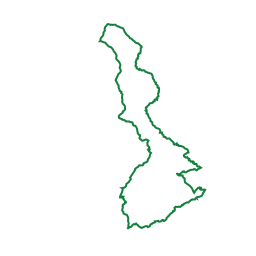 the district of Perisani, Vâlcea, Romania, rotated 326°
{"feature_id": "2599482B30849620277031", "entity_name": "Perisani", "entity_type": "district", "adm_level": 2, "iso_a3": "ROU", "parent_name": "Romania", "parent_adm1": "Vâlcea", "projection": "equal_earth", "projection_center": [24.456, 45.453], "detail": "fine", "context": "isolated", "style": "outline", "palette": "green", "viewbox_px": 256, "rotation_deg": 326, "n_neighbors": 0, "source": "geoboundaries", "source_scale": "gbopen_adm2", "svg_char_len": 5966}
<svg xmlns="http://www.w3.org/2000/svg" viewBox="0 0 256 256"><g transform="rotate(326 128 128)"><path d="M155.4,223.3L157.4,222.4L157.1,221.9L154.9,220.7L154.2,219.7L153.7,219.6L153.7,219.4L154.9,219.1L155.2,218.5L155.1,218.3L154.0,218.2L154.4,217.6L154.1,217.2L153.5,217.2L152.6,216.8L148.1,217.9L147.5,218.4L147.0,218.2L146.6,218.5L146.6,217.4L147.3,213.7L147.0,210.7L144.9,205.1L145.8,202.8L146.7,201.7L146.7,201.3L146.3,200.5L146.2,199.1L146.7,197.9L143.6,195.8L143.0,194.0L143.1,193.5L143.4,193.6L143.9,194.4L145.2,195.2L149.5,194.8L150.1,195.2L149.9,195.8L150.1,196.1L151.2,197.2L154.6,197.3L155.2,197.7L155.8,197.5L156.4,197.7L158.3,198.8L159.2,199.0L159.8,198.9L160.0,199.5L160.6,199.8L160.8,200.7L161.4,201.6L162.6,201.2L166.2,201.7L165.5,199.6L164.8,199.3L164.0,198.6L164.0,197.7L164.6,196.6L164.6,195.9L163.1,195.2L162.3,193.9L162.4,193.3L163.5,193.2L163.4,192.3L163.0,191.8L161.4,191.3L161.5,190.5L160.3,188.9L160.3,188.7L160.7,188.1L161.5,188.2L161.6,187.8L160.5,186.1L160.7,185.3L159.4,184.8L159.1,183.8L158.8,183.6L158.7,182.6L159.1,181.8L159.6,181.6L163.6,181.8L164.5,182.1L165.2,179.8L165.1,178.6L163.9,177.0L163.5,176.0L163.5,174.8L161.7,172.4L160.0,171.3L159.9,171.0L160.3,170.1L158.9,169.4L158.9,169.1L159.7,168.6L159.8,168.0L157.4,168.0L157.2,167.8L156.9,166.6L157.7,165.9L157.7,165.6L156.7,161.7L156.7,160.4L156.3,159.7L154.3,158.6L154.0,158.0L154.1,156.8L153.9,156.3L153.0,155.8L152.6,155.1L153.4,153.8L153.0,153.0L152.9,152.3L153.7,150.9L151.8,149.8L153.1,148.7L153.5,146.7L153.0,145.6L151.9,144.5L151.4,143.6L151.0,141.8L151.2,141.4L150.2,139.4L150.6,138.0L151.3,136.7L150.5,135.1L150.9,134.7L150.9,134.0L151.4,133.1L151.4,131.9L151.2,130.8L151.8,128.9L151.7,128.3L152.2,127.6L151.4,126.4L152.7,125.0L152.3,123.3L152.6,123.2L153.4,123.5L154.0,121.9L153.9,121.3L154.3,121.0L155.4,121.2L156.3,120.7L158.5,120.5L159.7,119.7L162.5,120.9L163.1,120.7L163.6,120.2L164.9,120.8L165.2,120.6L165.7,119.5L166.0,119.4L167.5,120.3L167.9,120.9L168.4,120.4L168.4,119.4L169.2,119.6L170.0,118.6L171.0,118.8L172.2,116.2L173.7,115.6L174.1,114.4L174.9,114.1L175.9,112.4L176.1,111.8L175.3,111.3L175.1,110.9L176.3,109.3L175.6,106.8L176.5,106.1L176.0,105.0L176.2,103.3L176.5,102.6L176.3,101.6L176.6,100.0L177.4,99.0L177.8,96.3L177.4,95.6L176.5,94.7L176.2,93.9L175.3,93.3L175.1,92.6L173.8,91.0L173.9,90.2L173.5,89.0L172.4,88.4L171.8,88.3L170.7,85.5L170.3,85.6L170.0,86.2L169.7,86.0L169.4,85.0L168.5,83.3L169.4,82.1L168.8,81.1L169.1,80.5L169.8,80.2L170.3,79.3L171.0,78.9L171.0,78.0L171.3,77.4L172.5,76.9L173.3,75.9L175.0,76.0L175.1,75.1L176.7,74.4L177.1,73.1L178.0,72.9L178.5,72.3L179.7,72.9L180.3,72.8L180.8,71.8L181.5,71.4L183.2,68.9L184.3,68.8L184.9,67.9L184.2,66.2L184.3,65.3L183.7,63.8L183.7,63.2L182.4,62.3L182.2,61.4L181.8,60.6L181.9,59.9L181.1,58.0L181.2,57.2L180.9,56.9L180.9,56.1L179.9,54.7L179.9,52.7L178.9,49.1L179.1,48.6L179.0,46.2L179.6,43.4L179.5,42.4L177.5,39.7L176.8,38.3L176.2,37.9L175.1,35.1L172.7,33.8L172.1,33.1L171.2,32.8L170.1,31.1L169.1,30.5L165.2,31.7L163.8,33.1L163.2,34.4L161.1,35.1L160.6,35.6L160.3,36.4L158.9,37.4L155.7,38.3L154.3,39.6L154.1,40.2L153.4,40.4L154.3,41.0L155.4,42.9L156.8,44.4L157.3,48.1L157.7,49.8L159.0,51.3L159.4,53.1L159.4,54.9L159.1,56.5L159.4,58.5L159.1,61.5L157.2,63.5L156.9,64.6L157.6,68.2L157.1,71.1L156.7,71.8L154.8,73.3L154.2,76.4L153.5,77.1L152.5,77.6L150.0,78.0L147.4,79.7L145.1,80.9L144.3,81.8L144.3,84.5L143.8,86.2L144.0,87.6L142.9,89.1L142.5,91.0L142.1,91.9L142.0,92.8L142.8,94.2L141.9,95.1L142.2,96.1L142.1,97.1L140.0,99.4L138.9,102.0L138.1,102.5L137.2,104.9L137.6,105.9L137.7,108.1L136.2,110.7L134.9,111.4L133.1,111.3L132.7,111.6L132.4,112.2L131.7,112.4L127.9,112.6L126.7,113.4L126.2,114.6L126.9,116.0L128.0,117.2L127.9,118.0L129.5,119.4L129.6,120.2L130.0,120.8L130.1,121.6L132.5,123.1L132.9,124.1L134.8,125.8L133.9,128.6L134.2,129.4L135.4,130.3L135.4,131.2L135.0,133.8L133.8,136.3L133.5,137.4L133.0,138.1L133.5,140.5L133.9,140.8L133.0,141.9L131.8,142.8L131.8,143.9L132.4,144.9L132.4,146.1L132.7,146.6L136.4,147.5L137.1,148.3L137.9,149.9L135.8,151.1L134.5,153.1L134.9,155.7L134.6,156.3L133.1,156.9L133.0,157.1L133.4,157.5L132.7,157.5L133.2,158.3L132.4,158.6L132.4,159.6L133.2,161.5L131.5,162.3L129.4,164.3L126.9,165.2L125.5,166.6L123.8,166.6L122.1,166.0L120.9,166.1L120.6,166.3L120.6,166.7L119.5,167.2L117.5,166.1L117.2,165.6L116.0,165.2L115.0,165.9L113.6,165.7L111.3,165.8L110.8,166.1L110.7,166.5L108.8,167.5L101.9,170.3L102.1,171.1L101.6,172.1L101.2,172.3L99.8,172.6L98.7,173.2L97.1,173.4L95.6,173.4L93.8,175.1L92.8,175.3L91.4,175.4L89.4,174.4L89.7,175.1L88.8,176.5L85.8,178.8L85.1,179.0L82.9,180.6L82.6,181.3L83.3,181.5L84.7,181.4L85.8,182.4L84.4,183.1L84.2,183.5L84.8,184.3L84.5,185.4L84.6,187.1L84.9,187.6L84.9,188.4L84.5,188.7L83.5,188.3L82.4,189.0L81.5,188.7L80.8,188.7L80.5,189.3L79.7,189.8L79.7,190.3L79.2,191.1L77.3,192.7L77.0,194.2L77.2,194.9L76.5,196.4L77.1,197.7L78.5,199.3L78.0,202.6L75.9,205.4L75.4,207.3L73.7,209.1L72.9,210.5L71.1,211.2L74.2,211.1L74.8,211.6L76.6,211.4L77.9,210.9L79.3,211.0L79.8,211.9L81.2,211.7L81.2,212.6L81.9,213.7L81.7,214.5L82.3,216.4L83.0,217.5L83.2,218.4L87.9,219.3L89.1,220.3L89.3,220.7L89.1,221.2L90.0,221.5L91.6,221.5L92.5,220.6L94.2,220.6L94.3,220.8L94.7,220.6L97.7,221.3L98.1,221.1L98.2,220.5L99.5,221.3L101.1,221.8L101.2,222.8L101.9,223.3L102.8,223.7L105.0,223.5L105.5,223.7L105.8,224.4L105.6,225.0L106.2,225.4L108.3,225.2L108.9,225.0L109.8,224.1L111.2,224.0L111.9,223.6L113.0,223.7L114.4,223.0L115.3,223.0L116.1,222.7L117.2,222.9L118.2,222.7L118.8,222.1L119.2,222.6L120.2,222.7L121.2,221.9L121.1,221.5L121.7,221.1L121.9,220.2L123.4,219.9L125.1,221.3L126.2,221.6L127.0,222.6L129.4,222.4L130.1,222.7L130.5,222.6L130.4,222.1L131.3,222.3L132.1,222.1L132.5,222.4L133.9,222.3L135.1,222.6L136.5,223.6L137.8,223.1L139.1,223.2L140.0,222.9L141.0,223.3L141.3,223.1L143.5,224.7L144.9,224.0L145.2,224.0L145.5,224.6L145.6,224.0L147.2,224.0L148.4,224.9L150.9,225.5L152.6,224.8L153.8,223.9L154.9,223.7L155.4,223.3Z" fill="none" stroke="#15803d" stroke-width="2"/></g></svg>